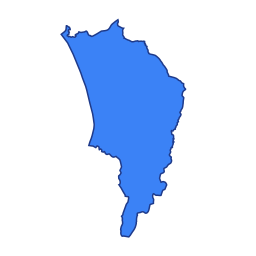 Ky Son, Hòa Bình, Vietnam, rotated 356°
{"feature_id": "81297802B6810559606516", "entity_name": "Ky Son", "entity_type": "district", "adm_level": 2, "iso_a3": "VNM", "parent_name": "Vietnam", "parent_adm1": "Hòa Bình", "projection": "mercator", "projection_center": [105.394, 20.901], "detail": "fine", "context": "isolated", "style": "filled", "palette": "blue", "viewbox_px": 256, "rotation_deg": 356, "n_neighbors": 0, "source": "geoboundaries", "source_scale": "gbopen_adm2", "svg_char_len": 5762}
<svg xmlns="http://www.w3.org/2000/svg" viewBox="0 0 256 256"><g transform="rotate(356 128 128)"><path d="M67.9,29.9L73.8,39.0L74.5,40.8L78.4,50.4L83.3,65.2L83.5,65.7L84.8,69.8L86.2,75.2L88.7,83.5L89.5,87.3L91.7,100.6L93.7,111.3L94.1,115.7L94.5,121.5L94.5,122.5L93.9,126.2L91.8,132.8L90.6,135.9L88.9,139.5L87.7,142.7L91.1,143.5L91.7,143.5L94.5,145.3L95.8,143.8L96.1,143.8L96.5,143.9L97.8,145.1L97.8,145.3L97.7,147.0L97.8,147.3L97.9,147.6L99.0,147.0L99.3,147.0L100.2,148.1L100.3,148.2L100.3,148.6L100.1,149.2L100.1,149.5L100.4,149.9L102.0,150.3L102.7,149.9L103.3,150.6L103.5,151.5L104.2,152.4L104.8,152.8L105.3,152.9L106.9,152.6L107.5,152.6L107.9,152.9L109.6,155.0L110.4,155.6L111.2,156.0L112.6,155.9L114.1,155.5L115.4,156.9L116.2,157.5L116.4,157.8L116.6,157.9L117.6,159.2L117.9,160.2L118.1,161.1L118.4,163.2L118.8,165.7L118.8,166.3L118.5,167.1L118.0,168.1L117.4,169.0L117.0,169.9L117.4,170.7L117.9,172.1L117.9,172.4L116.9,173.9L116.1,174.6L115.4,175.1L115.3,175.5L115.3,177.7L116.3,179.7L116.5,181.1L116.4,182.3L116.1,183.1L115.5,183.9L115.0,184.0L116.8,187.1L119.3,192.4L120.4,194.4L120.5,195.9L123.1,196.5L123.6,196.7L123.8,197.1L123.7,198.3L123.1,200.7L122.7,202.0L122.1,202.7L121.4,203.5L121.0,204.0L117.1,212.8L116.8,214.2L115.4,215.6L116.0,216.8L116.1,217.1L116.0,217.9L116.2,218.4L115.8,219.2L115.8,219.6L116.0,220.5L116.0,221.7L116.0,222.8L115.8,223.4L114.5,225.7L113.8,227.8L113.6,228.9L113.8,229.9L113.8,230.4L113.6,231.5L113.5,232.8L113.6,233.6L113.8,234.2L114.1,234.8L114.6,235.5L116.3,235.5L121.2,236.7L122.8,235.1L125.2,231.9L126.4,230.5L127.2,229.3L127.5,229.0L127.8,228.3L128.3,227.5L129.0,225.7L129.6,223.8L129.6,222.7L130.0,221.9L130.0,220.6L130.3,218.4L130.9,216.3L131.3,215.8L131.3,215.3L131.1,214.7L131.2,214.2L131.5,213.7L132.2,213.4L133.8,213.2L134.7,213.1L135.6,212.7L136.5,212.6L137.1,212.6L137.8,212.9L139.3,214.1L140.1,214.2L140.7,214.1L141.4,213.7L141.8,213.3L142.5,212.4L142.8,211.8L143.3,210.5L144.4,206.6L144.6,206.1L145.1,205.7L146.1,205.5L148.1,205.0L148.2,203.6L148.6,201.3L148.5,200.7L147.8,198.8L147.8,198.2L147.9,197.5L147.9,196.9L148.1,196.4L148.7,195.4L148.9,195.4L149.2,195.5L150.7,196.8L151.5,197.1L152.4,197.1L154.7,197.5L156.0,197.6L156.3,197.4L156.9,195.8L157.9,193.4L158.2,192.9L158.8,192.3L159.7,192.0L160.3,191.9L160.7,191.4L162.1,188.4L162.6,187.6L162.5,186.7L161.6,185.0L161.2,184.7L160.2,184.2L159.3,183.9L158.6,184.0L157.2,184.4L156.2,181.4L156.0,180.6L156.1,179.9L157.1,176.6L157.6,176.0L158.8,175.5L160.1,175.1L161.0,174.3L161.1,173.8L160.9,171.3L161.0,171.0L161.1,170.8L163.4,169.8L164.1,169.3L164.5,168.7L165.9,167.1L166.8,166.8L168.2,165.9L168.5,165.5L169.0,164.5L169.2,163.7L169.1,162.6L168.8,161.9L168.9,160.9L169.1,160.3L169.1,160.0L169.0,159.9L168.4,159.4L167.8,158.7L167.4,158.0L167.4,157.5L168.7,155.4L168.9,154.8L168.6,153.4L168.6,153.1L168.7,152.8L169.3,151.9L169.5,151.0L169.7,150.7L170.4,150.7L170.8,150.5L170.5,150.0L171.0,149.4L171.4,148.1L172.0,147.0L172.0,146.4L171.8,146.0L171.8,145.7L172.0,145.5L172.6,145.4L172.8,145.2L172.7,144.7L172.0,144.7L171.9,144.5L172.3,143.3L172.3,142.8L172.3,141.7L172.5,141.5L173.0,141.7L172.8,140.9L172.9,139.0L172.7,138.3L172.4,138.0L171.5,137.6L171.2,137.1L171.2,135.7L171.0,134.8L171.0,134.2L171.2,133.7L171.5,133.9L171.8,134.1L172.1,134.1L172.6,134.1L172.8,133.8L173.1,133.3L173.6,132.9L174.1,132.7L174.6,132.3L175.1,132.4L175.2,131.3L175.3,131.1L175.8,130.6L176.0,129.6L177.3,128.2L177.4,127.9L177.5,127.5L177.5,126.1L177.8,125.8L178.7,125.3L178.7,124.8L178.4,123.9L178.4,123.7L178.7,123.3L179.3,122.7L179.5,122.2L179.9,121.2L181.2,119.6L181.7,118.6L181.8,118.2L181.6,117.5L180.9,116.3L180.9,116.0L181.2,115.5L181.9,114.8L182.0,114.1L183.5,112.0L184.0,110.7L184.7,107.3L185.0,104.9L185.7,102.0L185.7,101.5L184.4,99.8L184.2,99.4L184.2,99.1L184.8,96.8L185.2,95.9L186.1,94.8L188.0,93.6L188.1,93.3L188.1,93.1L187.5,92.5L187.1,91.8L186.5,90.6L186.4,89.8L186.6,87.7L184.9,86.8L183.5,84.7L182.6,84.3L181.6,83.8L181.4,83.3L179.7,81.9L177.8,81.0L172.2,79.1L172.1,77.7L171.0,75.1L171.0,73.3L170.6,72.3L168.8,69.1L167.6,67.6L166.3,64.9L165.2,63.3L164.8,62.4L163.7,60.8L162.0,59.0L160.7,57.8L159.9,57.3L157.3,56.4L156.1,56.1L154.7,55.6L154.1,55.2L153.9,55.0L153.9,54.7L153.9,54.3L153.5,53.8L153.3,53.4L153.4,52.0L153.3,51.5L153.1,51.1L152.5,50.0L152.4,49.6L152.3,48.6L152.6,48.3L152.6,48.0L152.4,47.7L151.8,47.4L151.1,46.7L151.0,46.1L151.0,45.9L151.3,45.7L151.0,45.4L150.9,44.8L150.5,44.8L150.3,44.2L150.6,43.2L150.6,42.8L150.1,42.6L149.4,42.5L149.0,42.7L147.2,42.3L145.4,42.3L144.4,42.4L144.0,41.8L143.5,41.7L142.8,41.8L141.8,41.8L139.3,42.3L138.5,42.3L137.6,42.1L135.5,40.8L135.4,40.7L133.9,40.1L132.8,39.5L132.0,39.0L131.2,38.4L130.9,38.2L130.4,38.2L130.5,37.7L130.5,37.3L129.2,34.9L129.2,34.3L129.4,33.4L129.5,32.5L129.4,30.9L129.5,30.0L129.7,29.4L130.6,28.2L129.5,28.0L128.5,27.5L125.6,25.7L125.0,25.1L124.9,24.7L124.8,23.1L125.5,22.0L125.7,21.5L125.6,19.7L125.5,19.3L122.8,20.9L119.4,23.3L118.4,24.3L116.6,27.0L115.5,28.1L114.6,28.7L113.4,29.1L111.9,29.3L108.2,29.5L103.8,31.8L100.8,33.2L98.6,34.1L98.1,34.1L97.5,33.9L97.3,33.3L97.0,33.2L95.9,33.0L95.0,32.1L94.1,29.5L93.5,28.7L93.2,28.5L93.0,28.4L91.3,29.1L88.1,29.4L87.3,29.3L85.7,28.7L85.1,29.7L84.6,30.3L84.4,30.4L84.0,30.5L83.1,30.7L81.9,31.5L81.9,31.8L82.3,32.0L82.5,32.2L82.6,32.5L82.3,32.9L81.4,33.7L80.9,33.7L78.8,33.0L78.1,33.4L77.6,33.5L77.0,33.2L76.3,32.6L75.9,32.6L75.3,32.8L74.9,32.7L74.6,32.3L74.3,31.7L74.2,31.6L73.9,31.6L74.0,31.1L74.3,30.8L75.2,30.6L75.5,30.4L75.7,29.6L75.6,29.0L76.0,28.5L76.1,28.3L76.0,28.1L75.7,28.0L75.4,27.6L75.3,27.2L75.4,26.2L75.6,25.9L76.1,25.6L76.4,25.6L76.9,26.0L77.1,25.9L77.2,25.7L77.2,25.2L76.6,23.4L76.1,23.3L75.4,22.8L74.7,22.1L73.9,21.7L73.7,21.7L73.5,22.5L73.1,25.2L72.6,26.4L71.4,27.5L67.9,29.9Z" fill="#3b82f6" stroke="#1e3a8a" stroke-width="1.5"/></g></svg>